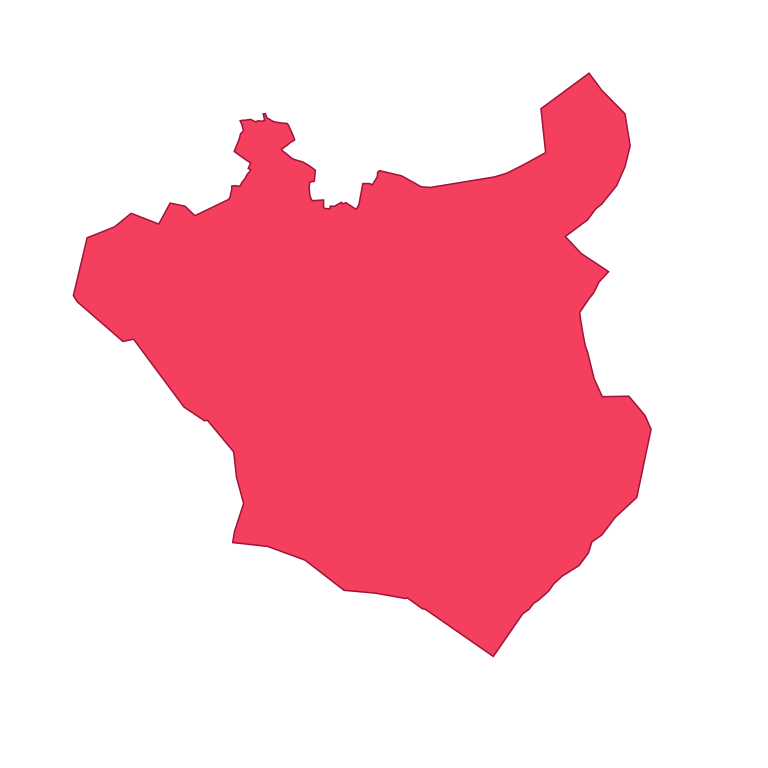 the district of Ife Central, Osun, Nigeria, rotated 169°
{"feature_id": "59680162B28710912427622", "entity_name": "Ife Central", "entity_type": "district", "adm_level": 2, "iso_a3": "NGA", "parent_name": "Nigeria", "parent_adm1": "Osun", "projection": "mercator", "projection_center": [4.539, 7.542], "detail": "fine", "context": "isolated", "style": "filled", "palette": "rose", "viewbox_px": 768, "rotation_deg": 169, "n_neighbors": 0, "source": "geoboundaries", "source_scale": "gbopen_adm2", "svg_char_len": 1980}
<svg xmlns="http://www.w3.org/2000/svg" viewBox="0 0 768 768"><g transform="rotate(169 384 384)"><path d="M123.4,650.0L177.4,624.3L181.2,580.3L206.5,572.2L223.3,567.5L235.9,566.2L300.9,568.1L309.8,570.5L326.9,584.9L341.6,591.6L347.8,594.3L349.9,593.0L350.9,589.0L357.5,581.7L359.9,583.5L366.5,584.8L371.1,573.3L372.8,568.9L374.6,564.5L378.1,560.8L386.7,569.2L390.6,568.9L391.2,570.5L398.7,567.9L402.9,568.8L403.7,566.3L408.6,567.6L409.6,568.8L408.2,576.2L419.3,577.6L420.1,579.2L420.8,583.3L420.0,590.9L418.7,595.5L417.8,596.2L413.7,596.3L410.6,607.0L416.3,613.1L421.4,617.5L428.8,621.3L431.4,623.1L435.4,628.1L439.0,632.1L439.8,634.0L433.8,636.7L429.9,638.9L425.1,640.6L425.9,645.6L428.3,656.2L429.3,658.2L435.6,660.0L442.3,662.6L448.1,667.6L448.9,672.0L451.0,672.3L450.9,665.3L454.2,665.4L457.7,666.5L459.8,665.7L464.5,669.2L470.2,669.5L472.6,669.9L475.0,669.8L473.9,665.2L473.7,659.3L475.7,657.9L477.0,657.2L479.4,652.1L486.7,640.9L476.7,630.2L472.7,626.7L476.1,621.4L473.9,619.7L475.2,618.3L478.1,616.1L481.5,611.9L484.8,609.2L487.9,605.6L492.2,607.1L495.6,607.4L496.5,603.6L499.4,597.1L501.1,594.9L537.5,585.3L545.4,596.5L559.4,602.4L574.6,584.0L599.6,599.8L618.5,589.7L647.5,584.2L672.1,530.0L669.2,522.9L632.3,475.8L631.9,475.5L621.3,475.8L584.8,399.6L567.3,382.2L564.3,382.1L544.5,346.0L546.6,320.8L544.6,293.5L558.9,267.7L562.8,257.2L529.1,246.7L495.1,226.1L462.6,189.1L432.9,180.5L403.8,169.3L401.8,169.5L389.2,156.0L386.4,154.9L328.7,95.7L291.6,132.0L284.5,135.2L279.1,140.1L273.8,142.2L262.0,149.2L255.6,155.3L245.8,161.4L227.3,168.5L215.5,179.2L210.1,189.3L198.7,194.4L182.6,208.9L157.5,224.4L130.5,288.5L133.2,300.8L133.9,303.5L146.0,325.3L172.1,329.9L176.7,348.9L178.1,376.8L179.1,382.8L179.1,394.3L178.7,409.6L178.2,416.9L166.5,428.6L160.8,433.4L153.4,443.1L142.1,451.4L165.5,474.5L177.9,494.2L152.8,506.3L142.8,515.5L136.0,519.0L117.8,534.3L105.9,551.4L96.9,570.9L95.9,603.2L114.3,631.0L123.4,650.0Z" fill="#f43f5e" stroke="#9f1239" stroke-width="1.5"/></g></svg>